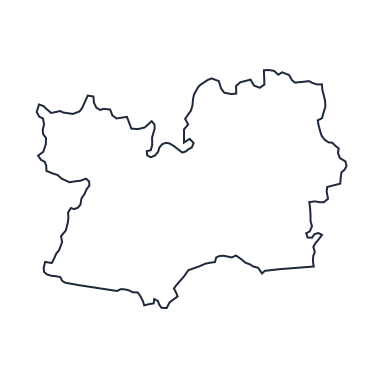 Ribeira, São Paulo, Brazil, rotated 173°
{"feature_id": "56859067B1551247382346", "entity_name": "Ribeira", "entity_type": "district", "adm_level": 2, "iso_a3": "BRA", "parent_name": "Brazil", "parent_adm1": "São Paulo", "projection": "robinson", "projection_center": [-49.03, -24.604], "detail": "fine", "context": "isolated", "style": "outline", "palette": "slate", "viewbox_px": 384, "rotation_deg": 173, "n_neighbors": 0, "source": "geoboundaries", "source_scale": "gbopen_adm2", "svg_char_len": 2801}
<svg xmlns="http://www.w3.org/2000/svg" viewBox="0 0 384 384"><g transform="rotate(173 192 192)"><path d="M253.2,85.3L248.4,85.9L243.6,86.1L242.6,90.3L239.1,88.0L238.2,84.0L236.4,80.8L231.3,79.9L227.8,85.1L219.0,90.1L220.0,93.9L221.7,98.5L218.8,101.5L215.2,104.8L210.3,109.1L205.2,114.8L193.9,117.3L187.5,119.2L182.9,119.6L177.8,119.6L176.0,124.0L172.7,125.1L168.4,124.9L160.6,122.2L156.1,123.6L151.4,119.4L147.7,115.4L143.3,113.1L140.3,110.6L135.6,108.7L132.4,102.6L129.4,104.9L113.9,104.7L80.3,103.2L80.4,108.7L79.4,113.9L77.4,117.6L78.3,122.7L75.7,126.2L72.3,129.3L68.2,133.6L71.6,135.9L75.6,135.2L78.5,132.0L82.8,132.7L83.7,137.1L79.9,138.6L77.1,143.3L77.9,148.7L77.2,154.3L76.8,160.9L76.8,167.7L71.1,167.7L66.2,166.2L62.3,165.8L57.8,168.7L58.3,175.9L57.2,180.5L43.9,182.2L42.8,187.4L41.3,193.2L37.7,195.7L35.5,198.9L36.0,203.7L41.1,207.6L42.4,213.0L41.1,217.4L43.7,220.0L46.9,223.9L50.4,224.6L54.0,227.8L56.5,232.1L57.4,237.0L58.2,242.5L58.5,247.8L54.0,249.4L51.8,254.7L49.2,260.4L48.8,266.3L49.5,272.4L50.2,277.4L49.9,283.0L55.1,283.6L59.4,285.7L62.4,287.8L68.9,287.8L72.9,288.0L76.4,288.0L79.1,290.8L81.4,296.3L88.0,299.8L92.1,297.9L95.7,302.2L100.4,303.6L105.8,304.1L106.5,295.6L107.1,289.8L112.0,287.2L117.5,290.1L120.2,296.4L130.8,295.0L135.4,291.7L136.1,284.3L140.9,284.4L147.9,286.6L150.5,291.2L151.9,298.8L158.6,302.3L162.2,301.5L170.4,297.5L173.1,295.4L177.9,288.9L179.6,284.4L180.9,278.1L183.1,273.0L189.9,265.5L187.6,259.5L192.3,255.1L193.9,242.1L187.8,245.0L184.4,240.4L186.8,236.2L190.3,234.9L193.4,232.9L196.9,232.4L204.4,239.8L208.7,243.1L211.9,244.0L215.7,243.1L219.1,240.0L220.7,236.1L224.2,232.8L228.6,231.5L232.0,233.8L232.0,238.0L227.8,238.5L225.8,243.5L225.0,250.9L221.2,259.8L221.1,263.8L223.4,267.2L230.9,261.9L237.8,261.0L244.5,262.3L247.4,274.5L257.9,274.2L261.7,277.7L263.2,283.8L269.5,285.3L273.0,284.6L276.6,287.2L278.4,292.4L278.2,298.8L283.7,300.4L290.9,288.6L293.8,285.7L300.7,284.0L310.2,286.6L313.1,288.5L317.0,288.0L322.1,287.6L326.3,292.1L328.9,295.4L333.2,297.5L336.4,290.3L334.4,285.3L331.0,283.2L330.6,277.1L332.5,272.2L332.8,267.8L330.3,263.3L331.2,257.5L334.6,250.1L340.3,246.9L338.1,242.5L334.4,239.8L333.5,235.8L333.9,230.7L328.3,227.5L323.2,225.2L320.1,221.4L316.5,219.1L312.4,216.6L308.2,216.8L301.1,216.8L295.6,218.2L292.8,214.9L293.1,210.8L296.0,207.9L299.1,202.9L302.4,199.3L304.3,193.0L307.1,190.4L310.9,189.4L314.3,190.8L317.6,186.5L317.8,181.4L319.1,176.4L322.0,169.1L327.4,164.1L327.0,158.2L329.4,153.5L331.2,150.2L334.1,147.6L337.5,141.9L339.9,138.6L346.3,140.5L348.5,134.6L348.5,130.6L345.9,127.8L341.5,125.9L337.0,124.9L333.0,123.5L331.7,119.6L328.7,117.3L319.4,114.5L315.6,113.3L278.5,102.9L274.3,104.3L270.1,103.4L266.7,102.1L263.0,99.7L258.1,98.9L256.1,95.2L254.2,90.3L253.2,85.3Z" fill="none" stroke="#1e293b" stroke-width="2"/></g></svg>